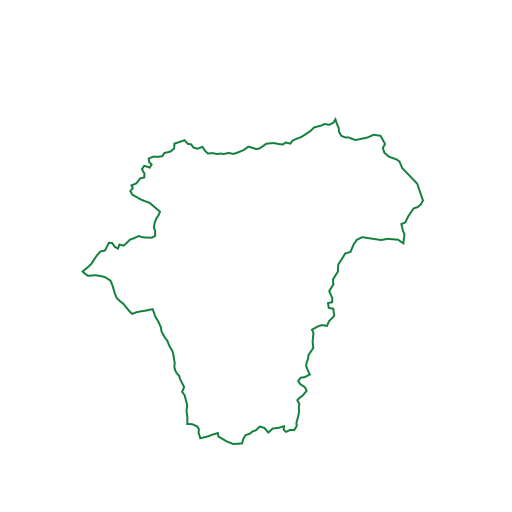 Vila Nova do Sul, Rio Grande do Sul, Brazil (Albers equal-area conic projection), rotated 222°
{"feature_id": "56859067B59738073303850", "entity_name": "Vila Nova do Sul", "entity_type": "district", "adm_level": 2, "iso_a3": "BRA", "parent_name": "Brazil", "parent_adm1": "Rio Grande do Sul", "projection": "albers", "projection_center": [-53.869, -30.353], "detail": "fine", "context": "isolated", "style": "outline", "palette": "green", "viewbox_px": 512, "rotation_deg": 222, "n_neighbors": 0, "source": "geoboundaries", "source_scale": "gbopen_adm2", "svg_char_len": 3140}
<svg xmlns="http://www.w3.org/2000/svg" viewBox="0 0 512 512"><g transform="rotate(222 256 256)"><path d="M288.4,410.7L287.7,406.6L289.5,402.4L293.5,399.8L294.7,396.7L296.8,393.6L298.9,390.3L299.1,385.8L300.3,380.6L302.1,374.4L304.4,370.1L306.1,366.2L305.6,362.6L309.8,360.2L310.6,356.9L313.8,354.5L317.9,352.2L321.0,349.1L323.5,346.2L324.5,341.5L325.5,338.0L327.5,335.5L330.6,334.2L334.9,332.1L335.9,326.9L338.1,322.1L341.1,316.7L345.3,314.3L348.2,310.2L350.8,308.5L353.3,305.6L357.0,303.5L360.3,300.0L363.9,300.0L368.8,301.3L371.1,296.7L375.1,294.7L378.8,295.6L381.8,293.7L386.6,294.2L389.3,289.3L391.8,284.9L388.7,281.1L389.5,276.3L393.0,271.3L392.4,267.4L395.2,264.1L398.8,261.1L400.9,256.7L398.4,254.4L394.8,254.1L394.2,250.5L399.4,248.3L398.9,244.2L393.9,242.5L391.6,239.6L394.0,236.2L393.5,229.8L395.8,225.2L393.0,224.0L392.8,220.1L388.7,218.8L384.4,219.9L380.3,220.7L376.0,222.1L370.5,224.3L357.1,224.7L355.8,221.5L355.2,217.2L353.6,213.0L350.9,208.8L347.6,207.1L344.4,203.4L345.7,199.9L349.1,196.9L352.5,194.3L356.6,192.2L358.6,187.5L360.6,183.9L360.9,178.4L361.4,175.0L365.1,173.2L363.6,169.1L366.9,168.3L371.6,169.4L374.1,167.4L373.0,163.0L371.9,159.0L374.6,155.4L374.6,150.0L374.1,146.1L373.1,140.3L373.5,134.7L374.5,128.4L371.2,128.4L367.7,128.8L362.7,134.0L358.1,137.2L353.9,139.3L347.7,140.3L343.2,138.2L338.9,135.6L335.7,133.6L331.4,131.6L327.4,131.4L322.4,131.7L317.5,130.9L313.5,130.3L309.3,130.1L307.2,134.2L304.3,138.1L301.4,141.6L299.2,144.7L297.2,147.3L293.0,145.1L289.7,143.3L285.2,142.1L281.8,140.6L278.9,139.3L275.8,136.8L271.9,135.3L269.0,134.4L265.1,133.7L261.5,131.8L258.2,130.5L254.6,129.5L251.8,127.7L248.7,125.1L245.0,122.3L242.4,118.9L239.7,117.0L236.2,115.8L232.8,115.5L230.1,113.7L225.9,112.1L221.7,110.5L220.0,105.6L216.0,104.8L212.8,102.7L207.3,99.1L204.3,94.7L199.3,90.4L194.6,85.2L190.8,88.4L185.6,90.0L182.6,89.1L180.3,86.1L175.4,83.3L170.6,90.4L169.0,93.8L165.9,98.9L163.1,96.7L153.3,98.7L147.2,101.0L141.0,107.3L143.1,111.8L143.9,115.9L141.6,119.9L141.2,123.3L139.5,126.3L139.1,131.8L134.9,133.8L128.7,133.1L128.1,139.0L124.0,143.7L121.3,148.2L119.1,145.4L116.0,145.4L114.2,149.7L111.1,152.1L112.0,157.0L114.5,159.3L117.5,165.4L120.1,169.5L122.5,171.7L124.9,175.1L128.8,176.5L128.7,180.2L127.9,183.6L128.2,189.7L131.8,191.2L137.5,190.4L141.0,191.3L141.4,195.4L138.7,198.6L136.7,204.0L140.5,205.4L145.1,207.8L147.0,210.5L148.6,214.5L150.7,217.5L151.9,226.0L156.5,230.1L161.9,237.3L165.1,238.8L163.0,244.8L160.8,248.7L156.5,251.6L158.1,256.6L157.8,263.9L163.3,268.5L167.2,266.1L171.0,269.2L168.5,272.6L171.1,275.7L178.1,278.9L179.4,286.5L183.1,290.0L184.7,299.1L189.2,304.8L190.3,312.0L191.4,317.6L188.5,322.2L191.3,330.3L191.9,335.6L189.7,341.0L173.7,351.6L169.6,356.9L161.4,363.1L155.0,364.0L157.5,367.6L160.1,371.4L163.8,373.1L169.3,377.0L167.5,381.0L169.4,387.2L170.7,396.8L168.6,400.5L168.0,405.0L169.1,409.0L184.5,417.6L206.2,419.2L212.5,422.2L215.6,422.0L223.5,418.8L229.7,418.6L234.0,421.1L235.1,425.6L243.8,428.7L249.7,424.8L252.4,418.7L259.7,408.7L266.8,405.9L269.2,403.7L273.0,402.4L277.5,403.9L280.4,406.6L284.7,408.5L288.4,410.7Z" fill="none" stroke="#15803d" stroke-width="2"/></g></svg>